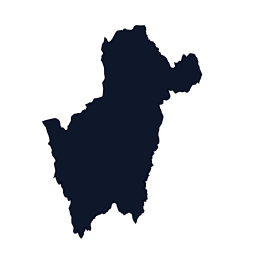 Chanae, Narathiwat, Thailand, rotated 349°
{"feature_id": "78962969B14228474631985", "entity_name": "Chanae", "entity_type": "district", "adm_level": 2, "iso_a3": "THA", "parent_name": "Thailand", "parent_adm1": "Narathiwat", "projection": "equal_earth", "projection_center": [101.649, 6.04], "detail": "fine", "context": "isolated", "style": "filled", "palette": "ink", "viewbox_px": 256, "rotation_deg": 349, "n_neighbors": 0, "source": "geoboundaries", "source_scale": "gbopen_adm2", "svg_char_len": 5847}
<svg xmlns="http://www.w3.org/2000/svg" viewBox="0 0 256 256"><g transform="rotate(349 128 128)"><path d="M61.1,226.7L62.1,225.9L62.7,224.7L63.1,224.7L63.7,223.9L64.0,222.0L65.7,220.3L66.2,219.5L66.3,218.1L66.6,217.7L67.4,217.6L68.7,220.1L69.0,219.7L69.8,219.5L70.7,220.7L71.5,220.8L72.1,219.0L72.0,216.4L72.7,214.0L73.6,213.2L74.2,212.0L74.9,211.9L76.2,210.2L77.8,210.0L78.4,208.8L79.0,208.4L79.3,207.5L80.6,207.6L82.6,207.0L84.2,206.9L86.4,206.0L87.7,207.2L88.8,207.3L90.3,206.0L91.8,205.7L92.2,204.9L93.7,203.8L95.3,203.2L95.8,202.4L96.8,199.9L99.5,197.3L99.9,197.4L100.0,198.4L101.2,198.4L102.4,199.7L102.7,200.3L102.8,202.4L103.6,207.7L105.1,208.7L106.0,210.2L107.3,210.7L107.6,212.0L108.2,212.2L108.6,212.0L109.3,211.0L110.6,211.2L112.1,210.6L112.9,210.0L114.5,211.7L116.0,212.6L116.3,213.1L115.9,213.5L116.2,215.2L115.9,216.1L116.0,219.1L117.4,222.3L118.1,221.4L118.8,219.3L122.2,215.6L123.8,215.5L124.7,214.0L125.6,213.7L126.6,213.8L127.1,212.7L127.6,212.3L127.3,212.0L127.2,210.5L126.7,208.7L127.2,208.7L127.2,208.2L127.9,206.6L128.4,206.6L128.4,205.3L128.8,205.0L128.6,203.8L128.8,202.8L129.4,202.0L129.9,201.8L129.9,202.7L131.2,203.0L131.2,201.6L131.4,201.2L132.0,201.0L131.9,201.5L132.0,201.6L132.5,200.9L133.1,201.0L132.9,199.9L133.2,198.9L132.9,197.6L133.7,197.2L133.7,196.1L133.0,195.9L132.9,195.6L133.3,195.3L133.9,194.3L133.4,194.0L134.2,192.7L133.1,191.4L132.4,189.9L133.2,189.7L133.4,188.1L133.9,188.2L134.1,186.8L133.9,186.1L134.4,186.2L134.5,186.0L134.1,185.1L134.3,184.1L133.4,184.1L133.6,183.0L135.1,182.7L135.1,182.1L136.1,182.7L136.2,182.0L136.8,181.5L136.9,181.0L136.9,180.8L136.5,180.9L135.9,179.9L137.0,179.9L137.4,180.4L137.7,180.1L138.2,179.1L138.2,178.1L138.9,178.2L138.6,177.7L138.7,177.0L138.1,177.0L138.2,175.7L138.5,175.7L138.7,176.0L138.9,175.7L139.2,175.9L139.8,175.8L140.1,174.6L140.5,174.2L140.7,174.6L140.9,174.6L141.3,173.5L141.8,173.2L141.6,172.4L142.3,172.0L141.9,171.0L142.6,170.2L142.8,169.2L143.0,169.2L143.4,170.1L144.5,169.4L145.0,169.4L144.7,168.3L144.3,167.8L144.2,166.4L144.6,164.9L144.4,164.2L144.5,163.1L145.3,162.5L145.7,161.5L145.4,159.5L146.4,159.5L146.5,158.6L147.4,158.6L147.5,158.3L147.2,157.9L147.2,157.2L148.2,157.4L147.7,156.0L148.1,155.0L149.7,155.3L150.6,155.1L153.1,152.8L153.2,151.7L152.7,149.8L153.5,149.1L154.9,148.6L155.4,147.3L155.9,144.6L155.6,140.9L156.5,137.7L157.6,135.9L157.9,133.6L161.5,129.6L164.1,124.2L164.3,123.0L163.8,120.8L163.3,119.9L163.3,117.4L163.1,116.1L162.6,115.3L162.5,110.8L163.4,110.4L165.1,110.7L166.7,110.2L167.0,109.2L166.9,108.0L167.2,107.0L168.0,106.8L170.0,106.9L170.7,107.5L171.5,107.6L172.5,107.1L173.4,106.9L174.1,106.4L174.8,105.4L175.0,104.4L175.0,103.0L174.3,99.6L174.5,98.5L175.0,97.7L175.9,97.9L176.4,98.6L177.3,99.0L178.8,98.8L179.6,99.3L181.0,102.0L181.5,102.6L184.4,101.5L185.5,101.5L186.4,101.7L188.1,102.6L190.8,102.4L192.5,103.8L193.3,103.8L195.3,102.3L196.5,100.4L199.1,97.5L201.6,97.4L202.3,97.6L204.7,95.6L206.0,96.8L206.8,95.0L208.6,92.6L209.1,91.1L210.3,89.6L209.0,83.3L209.2,81.5L208.5,79.6L208.5,77.9L209.0,76.0L208.6,73.9L208.8,72.8L207.9,71.7L207.2,69.1L206.3,68.3L203.1,67.1L199.2,70.0L198.4,69.7L197.5,67.8L196.8,67.0L196.0,67.4L193.0,73.3L191.1,72.6L189.2,74.1L188.1,74.1L186.5,73.4L186.9,76.7L184.6,78.3L183.6,78.4L182.8,78.1L181.2,77.0L180.8,76.2L180.0,71.6L179.3,71.2L179.4,70.2L178.8,68.4L178.8,67.4L178.0,67.1L178.0,66.0L177.3,65.6L176.9,64.7L176.1,64.9L175.7,63.8L175.0,63.3L174.2,63.3L173.7,62.7L173.7,60.7L172.4,59.6L172.0,58.5L172.1,57.2L172.7,56.7L172.7,56.0L172.2,55.4L171.6,56.0L171.2,54.9L170.5,54.3L170.5,53.6L169.9,53.5L169.8,53.0L170.3,51.2L169.5,49.9L168.6,49.6L168.8,48.5L167.7,48.1L166.7,48.7L166.5,48.4L166.5,47.4L165.5,47.1L165.6,46.0L164.8,46.1L164.2,45.4L164.2,44.7L164.4,44.0L163.8,42.3L164.1,41.1L163.7,40.8L163.2,40.9L163.0,40.5L163.3,39.6L162.9,39.0L163.4,38.3L163.2,35.7L164.0,34.9L163.5,34.2L164.0,33.8L164.2,32.8L163.5,31.5L163.4,30.9L160.2,30.5L155.4,29.3L153.7,30.0L152.4,31.9L150.5,33.1L147.8,32.6L145.3,31.7L144.5,31.3L143.9,30.4L142.7,30.7L141.5,32.1L141.1,32.1L140.0,31.2L138.9,31.4L136.6,31.0L135.1,31.8L130.0,38.0L127.6,40.0L125.7,40.6L124.5,40.2L123.8,38.5L123.5,36.6L122.6,35.5L121.7,38.3L121.1,39.4L119.2,41.1L117.3,46.0L118.0,48.0L118.5,48.8L118.5,50.6L116.3,52.6L116.3,54.0L115.1,56.2L115.0,56.7L116.0,57.3L115.9,58.9L116.4,61.9L116.7,64.4L115.6,70.8L115.7,73.0L115.2,75.4L114.2,76.7L112.0,78.8L111.9,84.7L110.3,90.6L109.5,92.5L108.1,93.1L103.3,93.5L100.7,93.2L98.4,96.0L97.5,96.4L97.1,97.0L96.0,96.4L95.3,96.2L92.8,97.2L91.3,97.3L91.4,98.0L92.1,98.8L92.0,100.2L91.6,101.0L91.1,101.1L90.6,102.3L90.0,102.8L88.8,102.2L88.3,102.6L87.0,102.7L85.0,104.9L83.8,104.7L82.7,105.0L81.7,104.4L79.8,104.8L78.4,104.5L76.9,105.1L75.2,106.3L74.6,107.1L74.2,109.9L73.2,111.4L71.9,112.8L71.2,113.9L69.6,115.1L69.5,116.3L69.1,117.5L68.4,118.4L67.0,119.1L65.7,118.8L65.5,118.1L64.0,115.7L62.8,116.1L62.3,115.3L61.5,113.3L61.7,109.0L61.1,107.4L59.4,105.7L58.3,105.1L56.6,105.0L48.8,105.3L45.7,105.7L46.5,108.2L48.1,111.4L48.2,111.8L48.5,116.3L49.3,120.5L49.5,123.1L49.2,126.5L47.6,127.8L47.3,128.3L47.5,128.9L48.2,129.2L48.7,130.5L49.3,131.2L49.3,132.7L49.9,134.9L49.8,135.5L48.9,137.5L49.2,139.9L49.1,140.8L50.1,142.0L51.4,146.0L50.8,147.5L49.6,148.3L49.1,149.5L49.3,155.5L48.6,158.1L47.8,159.1L47.2,161.0L46.7,161.7L47.7,161.4L48.0,161.6L48.6,167.1L49.7,169.7L50.5,169.7L51.9,168.3L52.2,168.5L52.2,170.6L51.9,172.4L53.0,175.1L53.0,177.3L52.5,179.2L53.3,183.0L54.1,183.7L55.6,184.0L55.8,184.6L55.7,186.4L56.1,187.6L57.1,187.4L58.0,186.3L58.3,186.5L58.4,186.8L58.6,188.5L58.0,191.0L57.1,192.9L56.4,193.3L56.0,194.6L55.1,195.6L55.5,198.4L55.7,199.1L55.5,200.1L55.4,201.5L56.3,204.7L55.5,207.8L55.1,210.6L56.1,214.1L56.2,216.0L55.1,219.2L55.1,219.7L55.6,220.7L56.8,221.0L58.2,220.5L58.9,219.5L59.4,219.6L59.9,223.4L60.2,224.9L61.1,226.7Z" fill="#0f172a" stroke="#020617" stroke-width="1.5"/></g></svg>